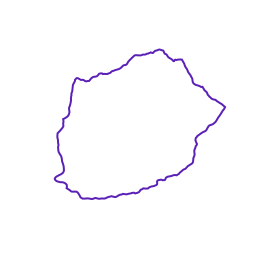 the district of Denchhukha, Samchi, Bhutan, rotated 41°
{"feature_id": "84629894B1832791956678", "entity_name": "Denchhukha", "entity_type": "district", "adm_level": 2, "iso_a3": "BTN", "parent_name": "Bhutan", "parent_adm1": "Samchi", "projection": "mercator", "projection_center": [89.277, 27.026], "detail": "fine", "context": "isolated", "style": "outline", "palette": "violet", "viewbox_px": 256, "rotation_deg": 41, "n_neighbors": 0, "source": "geoboundaries", "source_scale": "gbopen_adm2", "svg_char_len": 5790}
<svg xmlns="http://www.w3.org/2000/svg" viewBox="0 0 256 256"><g transform="rotate(41 128 128)"><path d="M187.5,48.5L183.1,48.5L180.9,48.9L179.2,49.1L178.0,49.3L177.5,49.4L176.9,49.4L176.3,49.4L175.9,49.3L175.3,49.5L174.8,49.7L174.4,50.1L173.8,50.3L173.3,50.6L172.2,50.9L171.7,51.0L171.1,51.0L170.5,50.9L170.0,50.9L168.8,50.9L167.7,50.7L166.6,50.6L166.0,50.4L165.5,50.2L165.1,49.8L164.6,49.5L164.0,49.4L162.9,49.3L161.7,49.3L161.1,49.4L160.6,49.2L160.1,49.0L159.5,48.8L159.0,48.7L157.9,48.3L157.4,48.1L156.9,48.2L156.6,48.7L156.2,49.1L155.6,49.2L154.5,49.4L153.9,49.6L153.4,49.8L150.9,51.0L150.3,51.1L149.2,51.3L148.6,51.3L148.0,51.3L147.5,51.1L146.9,50.9L146.5,50.6L145.6,49.9L144.4,48.8L143.9,48.5L143.4,48.3L142.8,48.1L142.2,47.9L141.7,47.7L141.2,47.5L140.7,47.2L140.1,47.1L137.3,46.5L136.7,46.3L136.2,46.1L135.4,45.6L134.3,45.1L133.9,44.9L132.2,44.5L131.7,44.3L130.6,44.0L130.1,43.7L129.6,43.4L128.1,42.5L127.6,42.3L126.5,42.0L124.9,41.4L124.3,41.2L123.8,41.0L122.9,41.7L122.5,42.0L121.2,43.2L120.8,43.6L120.5,44.1L120.2,44.6L119.8,45.0L119.3,45.2L118.8,45.5L118.7,46.1L118.8,46.6L118.9,47.2L118.6,47.6L118.0,47.7L117.5,47.6L116.9,47.5L116.3,47.5L115.8,47.5L113.5,47.9L112.4,48.1L111.3,48.0L110.7,47.8L109.6,47.5L109.1,47.3L108.5,47.3L108.0,47.5L107.4,47.7L106.9,47.8L106.3,47.6L105.8,47.4L105.3,47.1L104.8,46.8L104.3,46.6L103.7,46.5L103.2,46.7L102.7,47.0L102.2,47.3L100.6,47.9L100.2,48.2L99.9,48.6L99.6,49.1L99.1,50.1L98.8,50.6L97.9,51.9L97.7,53.0L97.6,53.7L97.7,54.7L97.2,55.4L95.6,56.0L95.4,56.6L95.0,57.2L94.4,58.6L93.9,59.2L93.4,59.7L93.2,60.5L92.9,61.1L92.5,61.6L91.9,62.1L91.3,62.6L90.9,63.1L90.6,63.8L90.3,64.4L89.9,64.9L89.4,65.4L87.9,66.5L87.4,67.0L86.8,67.4L86.2,67.8L85.7,68.5L85.3,69.1L84.8,74.5L84.8,75.2L84.7,76.0L84.7,77.1L84.7,78.0L85.2,80.2L85.2,80.9L85.1,81.4L84.6,82.4L84.2,82.7L83.8,83.3L83.4,84.0L83.3,84.7L83.3,86.1L83.2,86.8L83.1,87.5L82.9,88.2L82.7,88.9L82.5,89.4L82.2,89.9L81.8,90.5L81.2,91.4L80.1,93.2L79.7,94.1L79.3,94.6L78.7,95.7L78.5,96.3L78.5,97.4L78.4,98.1L77.8,99.1L77.5,99.8L77.1,100.4L76.9,100.9L76.5,101.2L76.0,101.6L75.5,102.1L74.8,102.5L73.6,103.8L72.6,103.8L72.2,104.2L71.6,104.7L71.1,105.3L70.8,105.7L70.6,106.2L70.6,106.7L70.7,107.4L70.7,108.1L70.7,108.8L70.5,109.4L70.2,109.9L69.9,110.4L69.5,110.9L68.6,111.8L68.2,112.4L67.8,113.8L67.7,114.5L67.7,115.2L67.7,115.9L67.7,116.6L67.8,117.3L67.8,117.9L67.4,118.4L66.9,118.8L66.5,119.3L66.2,119.8L65.9,120.2L65.3,120.5L64.6,120.8L63.8,120.8L63.1,120.9L62.4,121.2L61.9,121.6L61.2,122.4L60.6,122.7L59.8,122.8L59.1,123.0L58.3,123.1L57.6,123.3L57.0,123.6L56.6,124.0L56.4,124.9L56.4,126.3L57.2,127.5L58.0,131.0L58.5,132.1L61.9,137.0L62.7,139.2L63.8,140.3L64.1,141.0L65.7,143.4L66.1,143.7L66.7,144.3L67.3,145.2L67.5,145.7L67.9,146.2L68.5,147.2L69.3,148.9L69.9,150.2L70.1,151.2L70.9,152.1L71.6,152.9L72.1,153.2L73.3,154.4L73.7,154.9L74.3,156.2L74.7,157.2L74.8,158.7L74.6,159.9L74.5,160.4L73.6,163.0L73.2,163.8L74.6,165.0L75.3,165.7L75.5,166.2L76.4,167.4L78.1,169.1L78.4,170.7L78.5,173.0L78.5,175.0L78.3,178.1L79.4,179.7L80.9,181.5L82.9,182.9L84.9,185.0L86.6,186.3L87.8,188.4L89.8,190.3L91.2,191.5L93.3,192.3L96.0,193.1L97.7,194.2L100.4,196.6L102.3,197.6L104.4,199.0L106.0,200.5L107.6,202.2L108.0,203.2L108.3,204.4L107.9,206.5L106.5,209.9L105.8,211.9L105.7,213.3L106.1,214.5L107.5,215.0L109.1,214.9L112.2,213.5L113.8,212.2L115.1,211.4L116.5,211.0L117.9,210.9L119.1,211.1L120.6,212.6L121.1,213.7L125.0,213.1L126.0,213.2L127.1,213.0L128.8,211.7L130.0,210.5L130.3,210.3L130.9,209.9L131.8,209.7L132.6,209.7L134.4,210.2L135.9,210.7L137.0,211.2L137.8,211.5L138.9,211.3L140.2,211.0L140.8,210.4L142.6,208.8L143.1,208.1L145.1,206.6L145.6,206.4L147.2,205.4L148.0,204.5L148.8,203.0L149.0,202.5L149.7,202.0L151.1,201.2L152.1,200.8L153.5,199.5L154.4,198.4L154.8,198.1L155.8,197.3L156.5,196.7L157.3,195.6L157.6,194.6L158.2,193.4L158.5,193.0L158.8,192.4L159.2,192.0L160.0,190.7L160.3,190.3L161.7,189.6L163.3,188.8L163.8,188.4L164.3,187.6L165.0,185.5L165.1,184.9L165.5,184.3L165.7,183.7L166.8,182.4L167.4,181.0L167.9,180.7L169.0,180.0L170.1,179.3L170.6,178.8L171.5,177.4L172.8,175.8L173.5,174.6L174.6,173.2L175.1,172.9L176.4,172.6L176.6,172.2L177.5,171.0L178.1,169.7L178.3,169.1L178.3,168.0L178.1,166.9L178.1,166.3L178.5,165.6L179.0,164.4L179.1,163.6L179.6,163.2L181.4,161.9L182.1,161.2L182.5,160.8L182.8,160.3L182.8,159.7L183.0,159.2L183.1,158.6L183.3,158.1L184.2,156.6L185.3,155.3L185.9,154.3L186.4,153.3L186.7,152.8L186.8,152.4L186.9,151.9L186.8,151.3L186.5,150.8L185.3,149.6L185.0,149.2L184.8,148.6L184.9,148.1L185.1,147.6L185.4,147.1L185.8,146.6L186.5,145.7L186.9,145.3L187.4,145.0L187.9,144.8L188.4,144.7L189.5,143.6L189.9,143.0L189.9,142.5L189.7,141.9L189.5,141.4L189.3,140.9L189.3,140.3L189.5,139.8L189.7,139.2L189.9,138.7L190.6,137.8L191.4,136.9L191.7,136.5L192.0,136.0L192.4,135.5L192.9,134.5L193.2,134.0L193.9,133.1L194.2,132.7L194.7,132.4L195.7,131.8L196.1,130.4L196.3,129.8L196.5,129.3L196.5,128.7L196.4,128.2L196.4,127.6L196.5,127.0L196.6,126.5L196.8,125.3L197.0,123.6L197.1,123.1L197.4,122.5L197.9,121.5L198.1,121.0L198.2,120.4L198.1,119.9L198.2,118.7L198.1,118.1L198.2,117.6L198.3,117.0L198.7,115.9L198.8,115.4L199.0,114.8L199.2,114.3L199.5,113.2L199.6,112.6L199.6,112.1L199.5,111.5L199.3,111.0L199.0,110.5L197.9,108.9L197.6,108.5L197.2,108.1L197.1,107.6L196.7,106.9L196.3,105.4L195.9,104.8L195.6,104.2L194.8,103.5L194.5,103.2L193.2,102.0L192.9,101.6L192.6,101.1L192.2,100.0L191.6,98.4L191.4,97.9L191.1,97.4L191.0,96.8L191.0,95.7L190.5,94.8L189.5,94.4L186.9,93.0L185.9,91.4L185.7,90.8L185.8,89.5L185.6,88.9L185.7,88.2L186.9,83.1L187.3,81.9L188.4,79.5L188.5,78.6L188.4,77.6L188.2,77.0L187.6,73.8L187.8,72.5L189.4,69.8L189.8,68.2L189.8,67.6L190.0,67.0L190.0,65.3L189.8,64.1L189.2,60.9L189.0,58.1L188.9,57.7L188.7,56.0L188.1,52.6L188.1,50.7L187.5,48.5Z" fill="none" stroke="#5b21b6" stroke-width="2"/></g></svg>